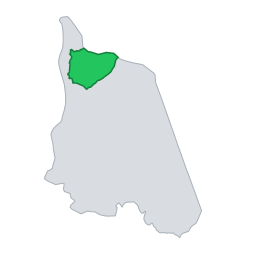 location of Al-Hasakeh, Hasaka (Al Haksa), Syria, rotated 281°
{"feature_id": "27442178B13029247631939", "entity_name": "Al-Hasakeh", "entity_type": "district", "adm_level": 2, "iso_a3": "SYR", "parent_name": "Syria", "parent_adm1": "Hasaka (Al Haksa)", "projection": "albers", "projection_center": [40.726, 36.168], "detail": "fine", "context": "in_parent", "style": "filled", "palette": "green", "viewbox_px": 256, "rotation_deg": 281, "n_neighbors": 0, "source": "geoboundaries", "source_scale": "gbopen_adm2", "svg_char_len": 4518}
<svg xmlns="http://www.w3.org/2000/svg" viewBox="0 0 256 256"><g transform="rotate(281 128 128)"><path d="M39.2,86.3L41.3,86.6L45.8,89.6L46.6,89.6L48.2,85.9L49.6,84.7L52.5,83.8L53.5,77.8L54.9,76.7L56.6,76.2L59.0,76.2L61.2,75.9L61.4,74.9L58.7,67.8L59.0,66.1L60.7,59.2L61.8,56.5L62.7,55.6L66.0,56.1L70.7,57.5L71.9,59.6L74.1,61.4L77.6,61.4L81.6,61.9L84.7,62.2L87.3,61.0L93.0,58.8L95.8,58.1L98.4,57.2L106.6,53.6L109.9,53.9L112.1,54.5L113.8,55.2L117.6,57.9L120.7,60.6L122.9,61.4L126.9,61.4L132.7,62.0L139.8,62.1L144.0,61.4L149.3,60.2L158.8,57.1L171.2,50.7L178.5,47.5L181.6,47.1L185.7,47.1L189.8,47.9L194.4,48.5L196.6,48.4L201.6,47.7L208.1,46.3L212.2,45.2L217.1,43.4L220.1,40.4L221.1,40.0L222.4,40.6L223.0,40.8L224.3,42.4L225.6,46.7L225.7,47.2L225.4,48.4L222.3,52.0L217.9,56.9L214.8,60.0L209.6,65.2L205.6,66.4L198.9,68.3L197.1,70.1L195.5,73.0L194.5,77.0L194.2,79.5L194.1,84.1L195.7,88.9L197.2,93.5L197.5,96.5L197.3,99.5L195.9,102.8L194.3,107.2L193.4,112.2L192.9,121.5L193.0,129.4L192.8,130.7L190.1,136.3L186.8,142.9L185.2,144.4L178.0,146.4L170.1,151.2L161.2,156.5L153.1,161.3L144.5,166.3L135.6,171.5L129.3,175.2L120.7,180.1L112.9,184.8L104.9,189.5L98.9,193.0L89.7,198.7L84.2,202.0L76.2,206.8L69.2,211.0L60.8,216.0L50.6,213.9L47.4,212.9L44.8,210.3L43.0,208.8L38.2,207.2L35.3,202.3L33.5,200.6L30.3,199.6L31.9,196.7L32.2,194.7L33.7,192.3L33.0,190.7L32.7,187.3L32.1,186.4L32.0,185.5L32.5,184.4L32.4,183.3L31.8,182.8L31.7,181.1L31.3,179.8L31.6,178.3L32.3,177.3L33.2,175.4L34.1,174.9L35.5,173.8L35.9,172.6L37.2,171.4L38.8,170.5L39.3,169.7L39.0,169.2L37.4,168.2L36.7,166.6L37.5,164.3L38.1,163.6L39.1,162.6L41.4,161.0L43.1,160.8L44.6,160.8L47.1,161.1L49.0,161.5L49.5,161.1L49.5,160.5L47.1,159.0L47.1,157.9L47.7,156.7L49.5,154.9L51.6,153.6L52.6,153.4L55.0,150.8L56.6,147.7L54.6,140.1L53.2,138.8L50.9,137.7L49.5,137.5L49.4,137.0L51.4,135.1L52.7,133.5L51.4,131.9L48.8,131.0L47.8,132.6L44.5,132.6L39.3,132.3L37.5,124.3L37.3,120.8L37.6,116.8L39.4,111.1L38.8,108.3L38.8,106.5L38.6,104.0L34.8,98.4L37.5,88.6L39.2,86.3Z" fill="#d9dde1" stroke="#a8b0b8" stroke-width="1"/><path d="M197.9,69.5L197.7,69.2L196.6,68.0L196.2,67.6L196.1,67.0L196.0,66.5L195.8,66.2L195.5,66.1L195.2,66.1L194.6,66.0L194.5,65.9L194.2,65.0L194.1,63.8L194.0,63.0L194.0,62.7L193.8,62.5L193.7,62.3L193.3,62.0L193.2,61.9L193.1,61.7L192.8,61.1L192.7,60.0L193.0,59.5L193.2,59.4L193.7,59.0L193.8,58.5L194.0,58.1L194.2,57.6L193.9,57.5L193.9,57.4L193.8,57.1L193.7,56.8L193.7,56.7L193.3,56.7L193.1,56.7L193.0,56.8L192.8,57.0L192.7,57.1L192.4,57.2L192.0,57.0L191.8,56.9L191.6,56.9L191.4,56.9L191.1,57.1L190.9,57.3L190.7,57.5L190.1,57.5L189.6,57.0L189.4,56.7L189.1,57.1L187.8,58.6L186.8,59.3L184.8,58.9L184.4,58.7L183.5,58.2L182.7,58.2L182.0,58.3L181.2,58.0L180.7,58.0L180.7,58.4L180.4,58.7L180.1,58.9L179.7,59.0L178.0,59.0L176.2,59.3L173.9,59.4L172.4,59.8L171.4,59.8L171.0,59.5L170.4,59.1L169.8,58.8L169.8,58.7L169.2,58.8L168.7,59.0L168.6,59.3L168.7,59.8L168.6,60.0L168.2,60.3L167.6,60.4L167.4,60.4L167.3,60.5L166.8,60.7L166.2,60.6L165.4,60.8L165.3,61.2L165.5,61.7L166.0,62.4L165.9,62.8L165.6,63.6L165.5,63.8L165.3,64.1L164.8,64.1L164.4,64.1L163.9,64.7L163.5,65.0L163.4,65.1L163.0,64.9L162.5,64.9L161.8,65.3L161.6,65.7L162.0,66.4L162.1,67.3L162.2,68.6L162.2,68.9L162.2,69.3L161.9,70.7L161.8,71.2L161.6,72.0L161.5,72.4L160.7,76.3L160.3,76.8L160.2,76.9L158.6,79.1L158.3,79.5L158.5,79.8L158.3,80.2L158.7,80.5L159.1,80.8L159.7,81.3L160.0,81.5L160.3,81.8L160.7,82.4L160.7,82.9L161.0,83.6L161.2,83.8L161.7,84.1L162.2,84.4L162.5,84.6L162.9,84.9L163.5,85.4L163.9,85.7L164.2,85.7L164.8,85.8L165.0,86.5L165.3,86.9L165.6,87.3L165.8,87.4L166.3,87.8L166.6,87.9L167.1,88.2L167.4,88.4L168.1,88.6L168.6,88.9L168.9,89.4L169.1,89.9L169.1,90.1L169.3,90.4L169.5,90.9L169.8,91.2L170.1,91.6L170.4,91.9L171.0,92.6L171.2,92.8L171.8,93.5L172.1,93.8L172.6,94.3L172.9,94.5L173.3,94.7L173.6,94.9L173.8,95.1L174.1,95.4L174.4,95.8L174.8,96.1L175.9,97.1L176.4,97.7L176.5,97.8L176.9,98.1L177.2,98.4L178.1,99.2L178.5,99.4L179.0,99.6L179.2,99.9L179.3,100.1L179.6,100.2L179.8,100.4L180.3,100.6L181.2,100.9L181.5,101.0L183.0,101.5L184.3,102.0L185.0,102.3L186.2,102.9L187.4,102.8L187.8,102.8L189.2,102.9L190.2,102.9L191.4,103.0L193.1,103.2L195.1,104.6L195.5,104.8L197.0,102.3L198.5,99.9L198.4,98.2L198.1,93.7L198.1,93.4L198.1,92.6L197.7,91.7L196.7,89.5L194.8,85.4L194.6,85.1L194.5,84.8L194.6,84.0L194.6,83.9L194.6,83.7L194.7,83.4L195.0,81.0L195.3,78.2L195.4,77.3L195.4,76.6L195.4,75.5L195.4,74.5L195.4,74.3L195.4,74.0L195.9,73.1L196.4,72.3L197.9,69.5Z" fill="#22c55e" stroke="#15803d" stroke-width="1.5"/></g></svg>